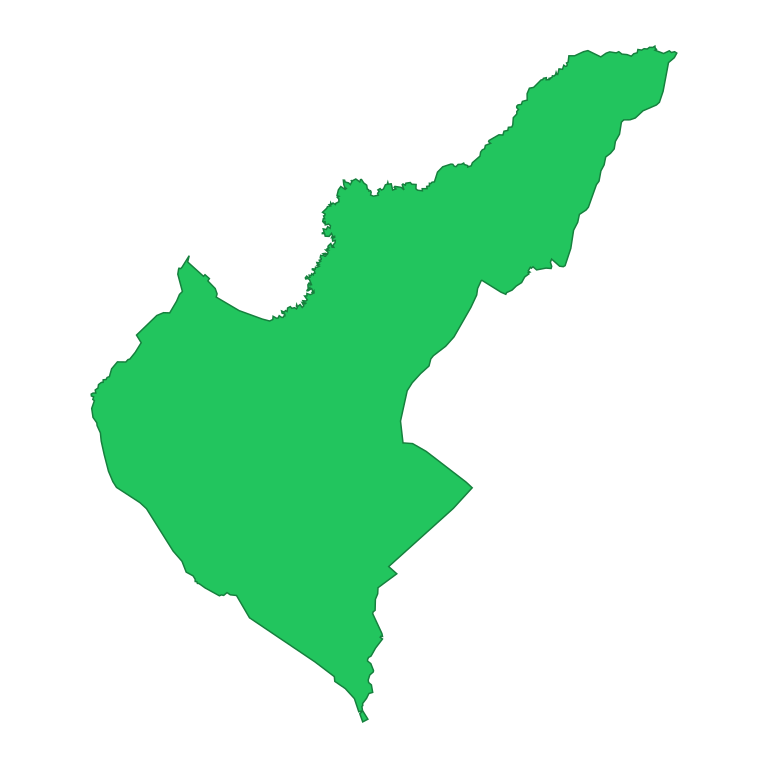 Madrid, Cundinamarca, Colombia (Albers equal-area conic projection)
{"feature_id": "7082276B83937578345103", "entity_name": "Madrid", "entity_type": "district", "adm_level": 2, "iso_a3": "COL", "parent_name": "Colombia", "parent_adm1": "Cundinamarca", "projection": "albers", "projection_center": [-74.258, 4.77], "detail": "fine", "context": "isolated", "style": "filled", "palette": "green", "viewbox_px": 768, "rotation_deg": 0, "n_neighbors": 0, "source": "geoboundaries", "source_scale": "gbopen_adm2", "svg_char_len": 6059}
<svg xmlns="http://www.w3.org/2000/svg" viewBox="0 0 768 768"><path d="M663.6,53.5L655.0,50.2L656.4,49.3L655.2,48.2L654.9,46.1L652.9,47.4L649.5,47.3L647.3,49.0L644.1,48.7L641.6,50.1L637.9,49.5L637.2,52.8L633.8,53.7L631.3,56.2L627.1,54.6L621.9,54.1L618.8,51.7L616.2,52.9L609.7,51.9L606.1,53.2L600.8,56.9L587.9,50.6L583.5,51.7L574.6,55.8L568.9,55.8L568.1,62.2L566.5,63.0L567.3,64.7L566.7,66.1L565.5,66.4L563.8,65.2L562.5,69.3L559.0,68.9L557.7,74.5L556.8,74.4L556.1,72.4L555.5,74.7L554.1,76.0L552.4,75.8L551.9,77.5L549.3,78.3L550.1,78.8L549.4,79.6L546.2,79.8L546.3,77.7L543.4,78.3L542.8,79.6L541.0,80.0L533.6,87.4L529.4,88.2L527.1,93.7L527.2,100.1L522.4,101.4L521.4,104.4L518.0,104.9L516.7,106.2L516.7,107.7L518.5,109.6L516.8,111.4L516.8,114.0L513.3,117.7L512.8,124.7L511.8,127.0L508.4,127.3L507.8,130.4L504.0,131.2L502.9,135.0L498.9,134.8L489.0,140.5L488.6,141.7L490.6,143.3L485.4,145.4L484.6,148.8L482.3,149.8L480.6,152.1L480.0,156.1L472.4,162.7L471.2,165.8L467.7,167.0L467.7,165.6L464.3,164.5L463.7,163.1L461.3,164.3L458.1,164.4L456.1,166.6L454.3,166.3L452.8,164.3L450.9,164.1L442.7,166.8L437.5,172.1L434.4,181.9L432.0,182.2L430.7,183.6L429.4,183.3L429.4,186.0L426.7,186.4L427.1,188.6L422.2,188.7L422.4,190.8L417.5,190.2L415.9,188.7L416.1,184.5L411.7,184.2L410.3,182.5L405.9,183.2L405.3,185.1L403.0,184.0L402.2,184.7L404.0,189.9L401.3,187.4L394.9,186.4L394.1,187.3L395.8,188.9L392.7,190.1L391.2,183.8L388.3,184.2L387.8,182.3L387.2,184.3L385.4,184.8L383.4,189.1L381.4,190.0L380.1,188.6L377.9,189.9L379.1,191.4L377.6,193.3L378.3,195.2L373.4,196.2L370.6,195.0L371.2,192.2L370.5,190.7L369.0,191.1L368.6,189.6L367.3,189.1L366.7,185.2L363.7,182.9L361.5,179.5L360.5,179.6L359.8,181.9L355.8,179.0L351.7,181.1L350.8,180.1L351.9,181.6L350.3,184.6L348.6,182.9L345.2,182.0L344.6,180.2L343.3,180.1L343.8,184.7L344.8,187.4L346.3,188.5L345.1,189.4L340.8,186.5L338.4,189.8L337.0,195.5L338.9,196.3L337.2,197.2L338.8,199.0L338.9,201.7L335.7,203.4L335.4,204.5L333.0,203.0L331.6,204.3L330.7,202.8L330.6,204.4L329.2,204.7L330.5,205.9L327.4,206.7L326.8,208.2L322.5,212.3L325.1,214.0L324.7,215.6L323.6,215.9L324.6,218.7L323.3,218.7L322.7,221.5L324.0,222.9L324.3,221.6L325.2,221.6L325.3,224.9L328.6,224.1L330.5,225.7L330.1,228.3L327.7,226.7L326.4,229.5L323.2,228.9L324.2,232.9L322.4,232.9L322.3,233.6L324.6,233.7L325.2,236.2L329.1,236.4L331.5,233.4L332.5,235.7L331.7,237.4L334.6,236.3L334.7,237.3L332.3,238.4L332.7,241.1L335.3,240.5L335.1,242.7L332.7,245.5L333.8,247.3L332.1,247.2L330.8,243.5L328.3,245.8L327.9,247.0L329.0,247.8L327.1,248.9L328.4,250.0L325.7,250.0L328.1,252.3L327.5,254.2L325.6,253.3L323.5,253.6L326.4,255.1L325.5,256.3L324.3,256.2L323.7,254.7L321.9,255.7L320.7,255.3L320.2,257.8L321.3,258.3L321.2,259.6L319.3,260.2L320.6,261.4L318.7,262.6L316.8,262.5L317.2,263.6L319.0,264.4L317.2,265.3L319.2,266.2L317.0,267.4L315.5,267.2L315.3,269.1L312.4,268.8L312.3,269.7L314.4,270.6L314.9,273.2L313.5,273.4L313.2,274.9L311.7,273.8L311.2,275.5L309.2,275.2L309.9,277.2L307.9,277.3L306.7,276.1L305.3,277.9L305.8,279.0L307.7,278.5L309.4,279.5L311.5,284.7L310.1,285.0L310.0,283.3L309.0,283.0L307.9,284.8L308.1,287.7L309.0,288.4L309.9,287.6L310.1,288.3L307.6,289.3L307.0,290.7L307.9,290.9L311.6,288.6L312.8,291.2L312.1,292.3L313.2,292.4L313.9,291.2L314.1,292.9L310.2,294.7L306.9,293.5L306.9,295.9L304.6,296.0L307.3,299.8L305.8,301.0L302.8,300.7L303.4,302.1L305.8,303.2L304.8,304.0L302.2,302.8L303.8,305.9L302.2,307.5L300.1,304.6L298.2,306.1L297.2,306.1L296.7,304.7L296.4,306.1L297.3,307.6L296.5,308.9L294.6,307.7L291.8,308.3L290.3,306.6L287.6,308.0L287.1,311.5L285.5,310.6L284.2,312.1L281.6,311.0L282.1,313.2L284.8,314.1L284.9,315.9L283.7,316.1L283.2,317.4L281.6,317.4L279.2,315.7L278.1,318.0L276.7,318.3L273.1,316.3L272.8,319.5L269.6,321.0L262.4,319.1L239.1,310.6L216.2,297.1L217.1,293.9L215.2,288.5L207.8,280.9L209.4,278.6L205.0,274.7L203.5,276.3L187.7,262.0L189.2,255.7L181.9,267.4L180.7,268.6L179.0,268.2L178.6,269.1L177.8,274.2L182.4,291.5L179.5,294.4L176.6,301.2L169.7,312.9L163.5,312.7L156.8,315.5L136.5,335.1L141.2,342.7L135.2,352.4L129.8,359.1L128.0,359.6L125.8,362.0L117.4,361.9L111.6,368.8L109.4,376.6L107.1,377.5L106.1,379.5L103.2,379.8L103.1,382.3L101.4,382.4L98.5,384.6L98.0,388.0L95.2,390.0L95.8,393.0L93.0,393.1L91.2,394.1L91.4,396.0L93.6,396.8L92.8,399.5L94.4,400.6L91.7,408.4L93.0,417.4L96.8,422.8L97.1,425.6L100.4,432.9L101.2,441.0L104.2,454.6L108.5,471.3L112.9,481.7L116.5,487.4L140.0,502.7L146.5,508.7L173.2,551.2L182.0,561.3L186.2,572.1L193.0,575.8L195.1,579.1L195.2,581.5L196.8,581.6L197.4,583.4L198.9,583.5L205.2,588.0L219.4,595.8L221.4,594.9L223.7,595.4L227.0,592.6L230.3,594.8L236.5,595.5L249.5,617.8L314.8,661.8L334.3,676.6L334.8,681.4L345.3,688.6L354.4,698.6L358.8,711.8L361.7,710.9L362.1,711.6L359.8,713.7L362.7,721.9L367.9,719.2L362.5,710.5L361.9,706.4L362.8,705.6L362.6,703.5L366.5,698.4L368.9,693.5L372.7,692.4L371.4,684.9L368.6,682.5L368.2,680.0L369.8,675.0L373.3,671.9L373.5,670.5L370.8,663.6L367.5,661.0L367.7,659.1L368.6,657.4L371.0,656.1L375.6,648.0L382.5,639.0L380.2,637.3L380.7,636.3L382.5,636.4L381.9,633.5L372.7,613.7L373.1,611.9L375.1,610.3L375.4,599.3L377.7,593.8L378.0,587.7L396.8,573.8L388.7,566.6L389.3,566.0L453.3,508.4L472.2,487.8L466.2,482.2L426.2,451.4L412.6,443.6L403.0,442.9L400.5,421.1L407.2,390.7L412.2,382.8L420.6,373.6L429.0,366.0L430.8,358.9L433.4,355.7L445.7,346.2L454.0,336.9L470.9,307.4L476.7,295.0L477.6,288.5L481.2,280.7L481.9,280.3L501.0,292.2L505.8,294.3L506.6,292.6L512.1,290.1L516.3,286.0L521.6,282.6L524.7,277.0L528.9,273.9L528.2,272.7L529.9,272.1L528.2,270.9L530.3,267.3L531.3,268.2L533.0,266.8L536.6,269.9L546.0,268.1L551.1,268.5L551.7,266.4L550.4,262.2L551.6,259.1L559.6,266.2L563.3,266.7L565.1,265.6L570.8,248.4L573.6,230.2L577.7,222.3L579.4,214.4L586.1,210.0L588.4,207.2L596.4,184.7L599.0,181.2L600.9,170.9L604.1,164.9L605.7,157.0L610.5,153.3L614.2,148.9L615.4,141.4L619.5,134.2L621.4,122.2L623.7,119.9L630.0,119.8L635.3,118.0L643.0,110.8L656.4,105.0L659.4,102.3L663.1,91.3L668.5,62.6L674.3,57.7L676.8,53.1L674.6,51.7L671.4,52.5L669.3,50.8L663.6,53.5Z" fill="#22c55e" stroke="#15803d" stroke-width="1.5"/></svg>